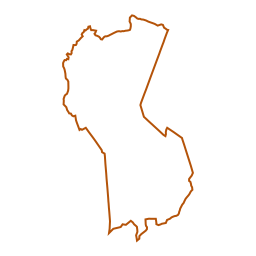 outline of Caruaru, Pernambuco, Brazil
{"feature_id": "56859067B68143060534399", "entity_name": "Caruaru", "entity_type": "district", "adm_level": 2, "iso_a3": "BRA", "parent_name": "Brazil", "parent_adm1": "Pernambuco", "projection": "equal_earth", "projection_center": [-36.026, -8.188], "detail": "fine", "context": "isolated", "style": "outline", "palette": "amber", "viewbox_px": 256, "rotation_deg": 0, "n_neighbors": 0, "source": "geoboundaries", "source_scale": "gbopen_adm2", "svg_char_len": 2871}
<svg xmlns="http://www.w3.org/2000/svg" viewBox="0 0 256 256"><path d="M165.8,223.0L166.5,221.3L167.1,219.9L168.4,219.4L170.0,218.7L171.5,217.4L173.0,216.7L174.6,216.1L176.4,215.8L178.0,214.9L178.9,213.4L179.2,211.8L179.8,210.3L180.2,208.6L181.3,206.5L182.2,204.7L183.6,203.0L184.5,201.0L185.6,198.8L186.8,197.3L188.6,195.2L189.7,193.6L190.3,192.3L191.2,191.0L192.4,189.8L192.1,187.3L191.2,185.6L191.0,184.0L190.4,181.9L189.1,180.9L189.1,179.0L190.3,177.4L191.7,175.6L192.9,172.9L190.9,166.0L185.8,150.0L184.1,144.6L182.4,139.5L182.0,138.0L177.6,134.9L173.8,132.2L167.2,127.8L166.3,129.6L165.8,132.0L165.9,134.2L165.4,136.1L163.5,134.9L159.0,130.7L148.6,121.2L143.9,116.8L140.4,105.1L141.0,102.9L144.5,93.5L146.1,89.4L150.7,76.8L156.7,60.6L159.4,53.4L160.0,51.6L162.9,43.8L163.5,42.3L164.6,39.0L166.9,32.8L168.1,30.0L166.9,29.7L165.7,28.7L164.1,27.7L162.9,24.9L161.2,24.4L160.0,24.8L157.7,25.6L154.7,23.9L152.3,23.0L151.1,22.6L148.3,21.6L146.1,20.5L143.4,19.6L141.3,19.4L140.0,18.8L138.4,18.9L137.1,18.4L135.9,17.3L134.0,15.9L132.0,15.4L129.9,17.6L129.6,21.5L130.2,22.7L130.8,24.0L130.8,26.3L130.5,28.1L130.0,29.8L128.7,30.3L127.0,30.6L125.7,30.7L123.6,31.2L122.3,31.1L120.8,31.5L119.0,31.2L117.0,31.5L115.3,32.3L113.4,33.2L111.5,34.2L110.0,34.9L108.6,35.7L106.8,36.3L105.3,36.3L104.1,37.0L103.2,38.1L102.1,39.5L100.8,39.2L100.1,37.9L99.1,36.8L97.4,35.9L95.5,35.3L94.5,33.8L95.4,32.6L96.1,30.7L92.9,30.1L91.2,30.1L90.5,28.5L90.0,26.3L88.4,26.7L87.9,28.7L86.5,29.5L85.5,30.5L84.4,30.1L83.7,32.1L82.4,33.1L81.7,34.5L82.7,36.3L81.0,37.9L78.7,40.5L76.8,41.6L76.6,43.8L75.9,45.0L74.7,45.1L73.5,45.0L73.0,47.3L72.4,49.8L71.5,51.2L71.6,53.2L70.9,54.4L69.5,54.3L67.8,53.4L66.8,54.4L67.6,55.7L68.6,57.3L68.3,59.2L66.9,58.9L66.1,60.2L64.6,60.1L63.8,61.4L63.1,63.1L63.2,66.5L64.1,68.2L64.6,69.7L65.0,71.6L65.4,73.7L65.6,76.9L65.9,78.5L67.4,79.8L68.3,81.6L68.4,86.2L68.4,88.5L68.1,90.8L67.0,93.8L65.4,94.9L64.6,96.0L63.6,99.0L63.8,100.6L63.7,102.6L63.6,104.4L64.9,105.7L66.3,107.2L67.2,110.1L68.4,111.9L69.2,113.4L70.9,113.6L71.9,115.4L73.4,116.3L75.3,115.7L76.0,120.2L76.7,122.3L78.7,127.7L79.5,129.9L80.7,129.0L82.0,129.8L85.8,127.8L88.8,132.0L92.9,137.5L95.0,140.4L101.7,150.1L102.1,152.2L104.6,153.6L104.9,156.1L105.4,163.8L106.2,173.3L106.6,179.1L107.4,188.1L108.2,198.2L108.4,201.4L108.6,203.5L108.9,207.7L109.1,209.9L109.3,212.2L110.0,221.3L109.6,229.0L109.0,233.1L113.3,228.8L119.2,227.4L120.7,227.0L122.6,224.3L124.5,224.6L125.9,224.8L130.8,220.8L132.7,222.3L134.2,224.4L135.8,225.7L136.9,226.8L137.3,229.9L137.4,231.9L136.1,235.3L136.6,237.9L137.0,240.6L139.3,238.7L139.4,236.1L141.3,234.1L143.9,232.1L145.8,230.6L146.9,229.2L147.0,227.2L146.0,225.8L145.7,224.2L145.5,219.4L147.4,219.0L149.0,218.7L151.0,218.8L152.9,218.8L154.2,218.8L155.8,218.8L156.3,222.2L156.4,224.2L158.5,225.1L160.6,224.4L161.7,223.8L165.8,223.0Z" fill="none" stroke="#b45309" stroke-width="2"/></svg>